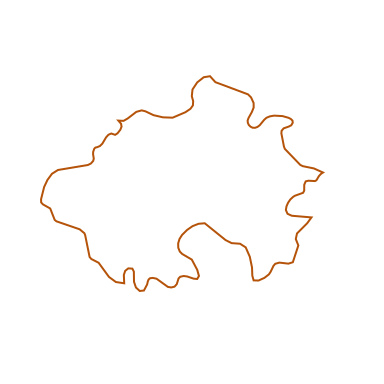 the Province of Enna, rotated 37°
{"feature_id": "ITA-5412", "entity_name": "Enna", "entity_type": "Province", "adm_level": 1, "iso_a3": "ITA", "parent_name": "Italy", "parent_adm1": "", "projection": "mercator", "projection_center": [14.474, 37.585], "detail": "fine", "context": "isolated", "style": "outline", "palette": "amber", "viewbox_px": 384, "rotation_deg": 37, "n_neighbors": 0, "source": "natural_earth", "source_scale": "10m", "svg_char_len": 2157}
<svg xmlns="http://www.w3.org/2000/svg" viewBox="0 0 384 384"><g transform="rotate(37 192 192)"><path d="M284.9,97.6L284.2,99.5L283.9,101.4L283.8,103.2L284.3,107.4L284.1,108.3L283.6,109.3L278.2,112.9L276.4,115.1L277.3,118.7L280.8,123.4L281.2,125.8L276.4,133.1L275.7,135.0L275.0,138.8L275.2,142.8L276.1,146.6L277.8,149.9L281.4,151.9L286.0,150.9L302.7,140.4L302.8,147.6L300.8,161.9L303.2,167.1L309.1,170.7L314.8,187.4L312.1,191.2L304.3,195.8L301.7,199.2L301.5,201.9L302.8,208.3L303.0,211.5L301.5,217.0L298.4,222.7L294.4,225.5L290.5,222.5L285.4,216.2L277.1,208.9L268.2,203.9L261.5,204.4L254.4,209.0L247.7,210.2L221.0,209.3L216.4,213.4L213.0,218.9L210.9,225.3L209.9,232.3L210.3,237.1L211.9,241.4L214.6,244.8L218.1,246.9L221.5,247.4L232.5,246.1L243.0,251.0L248.1,254.9L248.5,258.3L245.5,260.2L238.9,262.4L235.9,264.1L233.6,266.8L233.3,269.1L235.3,274.8L235.0,278.1L232.9,280.7L229.9,282.3L215.8,282.6L212.4,284.2L210.4,286.1L210.0,288.0L210.6,290.2L211.8,292.8L212.9,299.6L209.8,302.5L204.7,302.0L199.7,298.6L193.5,290.6L190.5,289.1L187.1,291.3L186.1,295.2L187.5,299.3L192.8,305.7L185.4,309.7L176.8,309.8L160.0,304.7L151.9,306.1L149.3,305.5L132.7,290.8L130.9,289.7L124.7,289.4L101.4,297.0L99.1,296.9L88.7,290.5L80.3,291.6L77.8,291.1L75.8,288.6L70.9,277.0L69.3,269.4L69.2,261.7L71.7,255.1L92.6,233.1L94.1,230.1L94.4,226.7L93.5,224.5L90.2,221.3L88.9,219.4L87.9,216.2L88.1,214.7L89.2,213.4L90.8,210.7L91.3,207.3L90.5,200.1L90.8,196.6L92.3,193.9L96.2,192.6L97.2,190.0L97.3,185.4L96.4,182.2L94.3,180.2L90.2,179.3L94.5,176.4L96.4,172.0L99.3,161.5L102.7,157.1L106.2,155.6L115.0,153.8L123.8,149.9L131.8,144.3L138.7,132.3L140.7,126.5L140.6,122.3L138.3,118.8L134.2,115.6L130.7,109.8L130.2,101.3L132.3,93.3L136.7,88.7L144.6,90.2L178.0,80.3L182.2,80.9L187.6,83.8L190.4,87.4L191.7,92.2L192.6,98.8L193.4,101.4L195.0,103.2L197.1,104.3L199.4,104.6L201.7,104.2L203.7,102.8L205.1,100.7L205.9,97.9L206.2,90.9L206.8,87.9L208.7,84.7L211.6,81.6L218.6,76.9L224.3,74.7L226.9,74.2L229.3,74.5L230.8,76.1L231.1,79.0L229.9,81.5L226.9,86.0L226.7,89.1L228.0,91.3L238.0,100.3L240.2,101.7L262.2,105.2L264.9,104.7L275.2,99.8L284.9,97.6Z" fill="none" stroke="#b45309" stroke-width="2"/></g></svg>